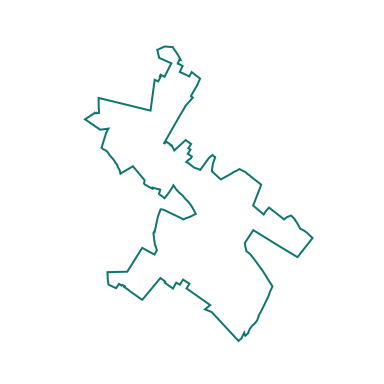 Samahil, Yucatán, Mexico (Mercator projection), rotated 297°
{"feature_id": "50627088B51124691471902", "entity_name": "Samahil", "entity_type": "district", "adm_level": 2, "iso_a3": "MEX", "parent_name": "Mexico", "parent_adm1": "Yucatán", "projection": "mercator", "projection_center": [-89.908, 20.848], "detail": "fine", "context": "isolated", "style": "outline", "palette": "teal", "viewbox_px": 384, "rotation_deg": 297, "n_neighbors": 0, "source": "geoboundaries", "source_scale": "gbopen_adm2", "svg_char_len": 4105}
<svg xmlns="http://www.w3.org/2000/svg" viewBox="0 0 384 384"><g transform="rotate(297 192 192)"><path d="M234.0,223.9L230.4,221.5L228.7,219.9L227.1,219.3L216.3,212.0L216.7,210.3L219.5,200.3L220.3,200.0L221.4,199.5L222.7,199.1L223.9,198.7L226.3,197.9L227.0,197.7L230.1,197.3L232.2,197.1L233.6,196.8L233.8,194.9L234.1,193.9L234.5,192.9L234.1,193.3L230.4,191.7L229.2,191.5L215.4,189.3L215.4,188.1L215.4,187.2L215.2,186.0L214.7,183.3L215.0,181.1L215.7,177.8L216.1,175.7L216.1,173.3L217.3,173.7L218.3,174.0L219.5,174.5L221.3,175.6L223.5,175.8L224.1,170.9L229.1,171.4L229.4,168.9L234.4,169.4L234.9,165.5L234.9,164.9L235.2,164.3L235.4,162.7L221.0,157.4L224.1,153.1L223.9,153.0L223.9,151.6L224.4,151.5L225.2,146.4L222.9,145.6L222.9,145.0L240.6,145.8L248.4,146.2L251.0,146.3L252.5,146.4L263.9,147.1L264.4,147.1L264.5,147.1L265.8,147.1L276.5,149.9L276.8,147.7L277.4,147.5L283.1,147.8L288.5,148.1L289.5,148.0L290.1,148.1L296.7,147.7L298.7,137.2L293.7,137.2L293.7,134.0L293.4,126.6L294.2,126.6L296.4,126.5L298.6,126.5L300.0,126.5L300.1,123.1L299.9,121.0L304.1,120.7L304.5,122.0L307.3,118.0L308.5,115.8L309.5,114.2L310.6,112.1L311.2,111.1L312.4,109.0L310.5,104.7L309.3,101.7L308.9,101.3L302.9,96.6L296.6,101.8L297.3,115.2L282.2,115.2L282.3,110.8L280.3,110.8L280.3,111.7L275.2,111.7L275.0,107.8L245.7,118.1L233.4,66.1L224.2,70.9L222.0,72.4L220.2,73.2L219.1,71.5L219.2,70.8L218.6,70.6L218.0,69.8L218.2,69.4L217.8,69.4L217.5,69.0L208.2,63.7L207.8,66.9L206.8,74.5L205.8,81.8L208.2,85.4L210.5,88.7L205.4,88.7L202.0,89.3L195.1,90.5L193.2,90.8L192.7,91.1L190.4,91.2L189.8,93.4L189.9,95.7L189.5,98.0L188.1,100.9L187.6,101.3L185.5,106.8L182.0,113.1L181.0,114.3L180.6,114.5L178.4,117.8L178.0,118.4L177.2,118.7L175.8,120.0L177.8,121.1L188.1,127.7L181.0,144.4L177.8,145.4L177.3,146.4L177.2,148.6L177.0,152.0L177.0,155.3L178.0,154.9L179.7,162.6L175.2,163.5L174.4,168.8L174.0,170.4L180.5,171.6L180.9,171.7L187.6,172.4L189.5,172.4L189.3,172.8L187.1,176.9L187.0,177.0L185.7,180.7L184.7,184.7L184.4,185.7L183.1,188.6L182.8,189.5L181.4,193.6L179.8,197.0L178.4,199.2L177.8,200.2L176.6,201.9L174.2,205.3L169.1,201.6L165.5,198.2L163.6,196.7L163.7,192.1L163.3,175.2L163.2,174.6L163.0,173.6L162.8,173.0L162.6,172.3L162.3,171.9L155.2,172.7L153.8,173.0L152.5,173.4L151.3,173.6L145.6,175.2L144.7,175.5L138.1,177.1L139.0,176.3L137.8,176.3L128.3,182.8L126.9,184.6L124.1,187.2L119.5,186.9L119.2,186.9L119.6,173.0L91.6,170.5L82.2,153.1L75.4,156.9L71.6,159.7L71.8,168.0L77.0,168.7L76.6,171.8L77.6,172.0L77.5,174.9L76.6,174.7L76.3,177.1L76.0,179.5L75.4,182.1L73.4,195.8L73.4,196.6L75.4,197.1L101.0,202.9L100.0,208.9L98.8,208.9L97.3,218.9L104.1,219.1L103.9,223.3L109.9,223.8L109.1,231.4L103.6,230.9L99.5,259.5L93.3,256.9L94.0,264.0L80.4,301.1L81.7,301.4L83.8,302.5L86.7,302.4L90.3,302.4L88.1,304.5L88.1,304.8L89.7,305.4L90.2,305.6L91.0,305.8L91.5,306.0L91.9,306.2L92.5,306.1L93.3,305.7L94.1,305.7L95.8,305.7L96.7,305.7L97.2,305.8L97.6,305.9L98.3,306.1L98.7,306.1L100.0,306.3L101.1,306.7L103.6,307.7L104.7,307.8L106.9,308.3L107.5,308.3L109.9,308.0L111.3,307.8L111.7,307.7L113.1,307.5L115.0,307.6L116.1,307.7L117.2,307.7L118.9,307.7L121.0,307.7L122.3,307.7L123.1,307.6L124.0,307.7L124.5,307.6L125.4,307.6L126.2,307.6L128.9,307.5L130.3,307.5L133.3,307.5L138.0,306.8L144.4,306.6L148.0,300.4L149.5,298.0L153.5,291.4L159.6,279.4L163.0,272.2L163.2,271.4L164.0,267.2L165.1,266.5L166.8,265.0L167.1,264.8L168.0,263.9L170.4,262.6L170.7,262.2L178.4,263.1L181.9,263.5L182.0,263.5L185.8,263.9L185.2,271.9L183.6,290.3L181.9,314.6L181.9,315.6L205.7,320.3L205.9,319.5L206.3,318.4L206.6,317.3L207.0,316.1L207.7,313.7L208.1,311.3L208.4,309.9L208.4,308.1L208.5,307.1L208.5,306.6L208.4,306.3L208.3,305.6L208.7,304.7L212.7,298.8L213.5,296.9L214.2,296.6L214.4,295.5L215.1,294.1L216.0,290.8L212.8,288.1L209.4,286.5L213.1,267.7L211.1,267.2L208.6,266.5L206.8,266.2L204.9,266.2L204.5,266.1L207.7,252.6L213.2,252.1L227.9,250.6L229.9,250.3L230.2,249.0L232.3,238.5L232.3,238.1L232.3,237.5L232.8,236.3L233.1,235.1L233.2,234.1L233.1,233.7L233.3,233.2L233.4,232.5L233.7,232.0L233.8,231.2L234.1,230.5L233.9,229.2L234.0,223.9Z" fill="none" stroke="#0f766e" stroke-width="2"/></g></svg>